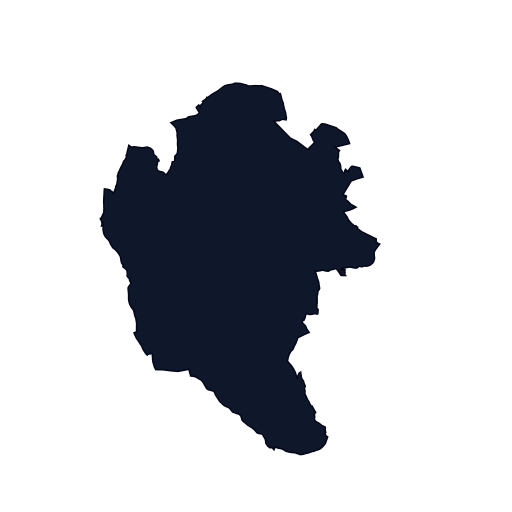 Geaca, Cluj, Romania, rotated 217°
{"feature_id": "2599482B49870683085634", "entity_name": "Geaca", "entity_type": "district", "adm_level": 2, "iso_a3": "ROU", "parent_name": "Romania", "parent_adm1": "Cluj", "projection": "mercator", "projection_center": [24.058, 46.874], "detail": "fine", "context": "isolated", "style": "filled", "palette": "ink", "viewbox_px": 512, "rotation_deg": 217, "n_neighbors": 0, "source": "geoboundaries", "source_scale": "gbopen_adm2", "svg_char_len": 6128}
<svg xmlns="http://www.w3.org/2000/svg" viewBox="0 0 512 512"><g transform="rotate(217 256 256)"><path d="M365.6,386.7L366.3,386.9L372.5,384.3L376.7,381.5L378.3,378.9L381.1,376.1L383.1,373.7L383.5,372.9L384.3,370.6L385.8,365.0L388.5,358.6L389.5,355.1L390.2,353.3L390.8,353.1L390.4,351.9L391.8,347.2L391.0,347.0L390.4,346.3L390.9,343.6L390.3,341.6L392.6,342.2L393.2,338.9L393.1,338.6L387.2,336.2L388.2,332.8L388.8,331.8L393.8,326.3L394.2,324.3L394.9,323.2L400.9,316.9L404.2,311.2L400.5,310.8L397.1,310.1L396.4,309.6L392.8,306.7L391.8,305.0L388.5,301.6L385.8,297.8L383.2,295.0L381.1,291.5L380.6,290.4L380.6,288.6L380.9,287.3L380.9,286.9L377.8,282.5L379.6,280.9L378.0,277.6L377.4,275.1L376.7,273.6L376.8,272.0L376.5,269.4L376.7,266.7L378.5,266.7L379.4,267.0L381.0,266.9L383.6,265.7L385.6,265.1L387.1,265.7L388.6,266.9L389.6,268.7L389.9,269.7L390.8,271.0L391.1,271.8L391.0,273.0L390.6,273.6L390.9,273.9L392.2,274.5L392.3,273.8L392.9,273.5L395.1,275.4L397.2,275.4L398.7,275.6L401.1,277.9L403.2,278.5L405.6,278.5L405.6,278.2L408.3,277.7L411.9,274.0L419.1,269.9L420.8,268.2L421.8,267.9L424.2,267.9L421.0,260.5L420.4,259.9L420.4,258.4L419.9,257.8L419.5,257.7L418.7,256.2L418.8,255.4L418.4,254.4L418.7,252.9L418.6,251.5L418.0,249.7L417.6,249.2L417.7,247.9L417.3,246.3L417.3,245.6L416.9,244.0L416.9,243.5L416.2,241.0L416.2,240.0L415.2,237.7L414.9,236.3L414.1,236.0L413.8,235.3L412.5,233.8L411.6,231.7L411.0,231.1L409.9,228.2L410.0,227.4L409.9,227.0L409.3,226.5L407.8,221.4L407.6,219.9L408.0,219.7L408.3,220.7L409.4,220.6L409.9,220.8L410.9,220.7L411.4,220.3L412.3,220.9L414.6,220.0L416.0,219.1L417.1,218.8L417.5,218.3L410.3,207.6L407.3,204.1L406.5,202.9L405.8,202.3L404.8,200.4L403.9,199.7L402.6,193.8L402.8,192.0L401.3,191.4L399.6,190.3L398.1,188.8L397.4,187.0L397.1,187.4L397.1,188.5L397.4,189.5L396.9,189.1L394.3,185.3L392.1,183.2L390.8,182.1L387.9,180.7L382.5,179.8L378.9,177.8L375.4,176.4L372.4,176.4L369.1,175.8L366.6,175.0L363.8,173.8L360.6,170.7L359.2,169.6L356.4,168.5L355.9,167.3L351.4,167.1L350.2,166.6L348.1,164.4L347.0,162.5L345.3,161.9L343.2,161.5L342.6,160.7L341.4,159.9L339.4,159.2L339.3,155.3L339.0,153.5L334.6,148.6L331.6,144.6L329.3,142.5L327.8,141.5L325.0,140.1L321.1,139.0L317.0,135.5L314.4,133.8L310.9,130.5L306.8,124.9L305.7,123.9L307.2,121.2L301.7,118.2L299.8,117.7L292.8,115.1L289.8,113.3L285.0,111.6L283.2,111.4L283.2,112.1L282.9,112.8L280.4,115.3L279.8,115.7L279.5,115.6L278.8,113.9L277.5,112.7L276.8,111.7L274.4,109.2L270.3,106.2L267.7,104.9L261.7,109.2L254.2,113.5L248.7,117.0L241.4,125.1L237.7,122.1L236.8,121.7L236.1,120.8L233.7,122.2L231.4,123.1L224.8,123.9L221.9,123.1L215.7,120.4L213.6,120.5L208.4,122.6L207.2,122.2L204.8,120.7L197.5,118.0L192.2,117.4L190.7,117.5L186.1,118.5L184.2,118.3L183.7,118.0L180.9,117.3L177.1,118.4L174.0,119.5L171.6,119.0L168.2,116.4L165.1,116.1L163.6,116.2L160.7,115.9L155.8,116.4L153.0,116.3L148.7,115.4L146.9,115.9L144.5,117.3L143.4,117.4L138.4,115.2L137.7,114.7L135.5,112.4L132.3,111.2L129.4,111.2L127.9,112.6L125.0,112.1L125.8,114.9L123.1,115.7L119.4,117.5L117.6,117.9L115.6,117.9L112.9,118.7L109.0,120.6L109.0,120.8L106.0,122.5L101.1,124.0L98.9,126.1L97.6,128.0L96.0,129.8L93.4,133.7L92.2,134.9L91.8,135.8L89.3,139.4L88.6,140.8L88.0,143.6L87.8,145.3L87.8,148.1L89.9,154.7L91.4,154.5L94.2,155.7L94.0,156.6L94.1,157.1L96.1,158.7L96.6,159.8L97.9,161.1L101.2,160.3L104.9,160.4L108.5,159.9L110.1,160.1L111.7,161.4L111.8,162.3L112.2,162.8L113.1,163.6L114.6,165.7L114.1,166.9L120.9,169.9L121.2,169.2L125.1,170.8L126.4,171.7L127.7,171.9L128.8,172.7L129.9,173.0L130.9,173.8L134.0,175.3L135.6,177.7L137.7,179.4L138.0,181.0L138.6,181.9L141.4,183.5L142.9,184.8L145.0,185.4L146.7,186.4L150.3,190.0L150.3,189.5L150.9,189.2L151.1,188.7L150.0,183.5L152.9,185.5L153.5,185.8L154.2,186.5L158.2,188.5L161.7,189.7L167.8,191.0L167.9,191.7L169.0,193.8L170.1,196.7L170.6,199.5L170.7,201.3L170.3,203.4L170.4,204.1L171.2,207.1L171.6,210.1L172.9,214.5L173.6,215.5L171.9,218.8L170.0,222.7L169.4,223.6L168.5,225.4L167.5,226.9L171.5,228.3L174.4,230.0L179.0,230.6L179.8,233.0L179.0,233.8L179.4,234.5L179.5,235.8L180.8,238.8L181.1,240.3L179.0,241.0L177.5,241.9L175.9,243.5L174.5,245.3L172.1,246.4L171.9,247.2L174.0,250.5L175.1,250.9L176.1,250.8L177.3,252.9L178.5,254.3L178.6,255.0L179.7,256.1L179.9,256.7L183.1,260.8L183.7,262.5L184.8,264.2L185.3,265.2L185.4,267.7L185.8,268.6L187.9,270.5L190.3,273.0L193.5,275.1L199.6,279.7L197.7,280.9L194.1,284.9L191.7,285.8L189.1,287.3L187.9,290.0L185.9,292.2L185.3,293.4L184.2,294.0L182.7,293.8L180.1,293.0L176.4,291.6L172.7,294.3L173.9,294.7L174.5,295.3L174.9,296.4L175.7,296.8L176.3,298.3L176.8,298.7L178.2,297.9L179.5,296.5L180.0,297.4L179.7,298.2L178.4,299.6L177.4,300.4L175.9,302.2L174.3,303.7L169.8,305.9L168.7,306.7L167.9,307.7L167.6,309.5L167.4,309.9L165.0,311.0L163.3,313.3L161.5,314.4L160.4,315.8L159.4,317.3L158.7,319.9L158.6,320.7L158.8,321.9L158.6,321.9L158.6,322.2L159.8,325.4L162.5,328.3L163.9,330.1L164.4,332.8L164.4,340.0L165.9,339.6L168.6,339.6L170.2,342.0L186.1,339.0L190.9,339.0L191.9,339.4L192.2,340.2L193.7,339.9L194.1,340.3L195.6,339.4L198.4,339.4L201.0,339.8L204.1,340.6L207.2,342.2L210.2,343.0L212.8,344.0L209.1,348.7L207.1,351.9L205.5,355.2L211.3,354.4L215.8,355.1L218.6,355.0L219.6,358.0L220.0,358.3L223.5,357.4L225.1,373.2L222.0,378.1L218.0,383.5L226.1,388.8L232.8,385.9L233.6,385.1L233.7,384.4L233.7,381.1L233.4,379.5L233.1,378.9L236.7,379.1L236.3,377.3L235.0,374.8L236.4,374.8L240.2,376.3L241.1,377.0L242.8,379.1L244.3,380.0L244.7,380.5L246.9,381.1L249.0,382.5L249.1,383.2L249.5,384.3L252.7,388.8L252.8,390.5L258.4,390.5L248.9,402.1L251.7,404.0L254.3,405.4L257.8,406.9L259.6,407.1L267.0,406.6L269.1,406.7L279.9,403.1L282.3,401.8L283.2,400.9L283.8,392.4L285.2,392.5L284.9,390.5L285.4,385.6L283.7,385.2L280.0,382.9L277.5,382.0L278.9,372.2L292.3,372.2L299.6,370.8L322.7,374.4L320.8,376.4L318.8,378.1L317.4,380.8L316.8,381.3L313.9,382.8L314.2,383.6L314.8,384.6L318.8,388.4L321.8,390.5L325.0,393.2L326.2,394.5L329.2,396.3L334.0,400.2L334.4,400.3L334.7,399.6L335.0,399.5L337.9,400.3L344.2,398.8L353.1,395.8L354.0,395.4L356.3,393.5L358.9,391.8L363.9,387.5L364.7,387.3L365.6,386.7Z" fill="#0f172a" stroke="#020617" stroke-width="1.5"/></g></svg>